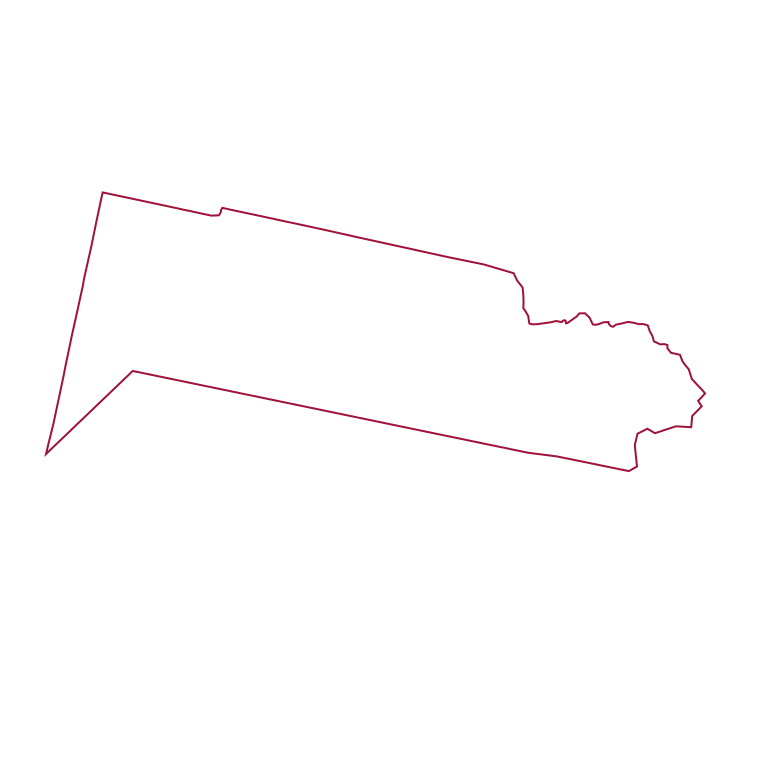 the district of Dolores, Colorado, United States of America, rotated 12°
{"feature_id": "52423323B89613253232033", "entity_name": "Dolores", "entity_type": "district", "adm_level": 2, "iso_a3": "USA", "parent_name": "United States of America", "parent_adm1": "Colorado", "projection": "mercator", "projection_center": [-108.387, 37.69], "detail": "fine", "context": "isolated", "style": "outline", "palette": "rose", "viewbox_px": 768, "rotation_deg": 12, "n_neighbors": 0, "source": "geoboundaries", "source_scale": "gbopen_adm2", "svg_char_len": 1621}
<svg xmlns="http://www.w3.org/2000/svg" viewBox="0 0 768 768"><g transform="rotate(12 384 384)"><path d="M68.0,522.7L135.5,423.5L539.3,421.3L567.9,418.9L641.6,418.3L648.6,412.1L642.0,391.6L642.3,379.9L650.9,373.0L659.2,375.8L678.3,364.7L693.5,362.4L692.1,351.3L699.4,339.7L694.8,335.2L700.0,326.5L696.5,323.7L690.2,319.4L684.1,315.1L679.0,306.2L674.3,302.6L671.0,299.4L667.5,293.9L658.1,293.8L653.8,290.1L653.1,286.9L649.7,286.7L646.0,287.8L639.2,286.2L636.6,281.3L632.9,277.0L629.8,271.8L625.0,271.5L620.7,272.5L616.4,272.2L609.8,272.5L605.0,274.9L598.8,277.6L596.0,280.5L593.6,280.1L591.3,278.4L590.6,276.7L585.9,278.0L581.8,280.7L578.7,282.1L575.8,282.3L574.8,281.0L571.3,276.4L565.9,273.0L560.3,274.4L558.6,277.7L554.2,282.5L550.9,286.1L549.5,286.8L548.9,285.8L548.5,284.3L547.4,284.1L546.0,284.7L544.9,286.5L539.2,286.6L534.7,288.8L528.7,291.0L521.4,293.6L517.1,294.7L513.7,294.7L513.0,293.2L510.9,287.4L509.1,285.5L506.9,283.0L504.5,280.9L503.5,275.0L501.7,267.7L499.5,260.8L492.6,255.0L487.9,248.7L456.6,246.3L443.3,246.4L430.2,246.5L420.5,246.6L393.8,246.4L363.8,246.2L330.3,246.0L295.4,245.6L279.1,245.5L252.9,245.5L231.9,245.4L215.9,245.4L197.9,245.4L189.2,245.3L188.4,248.1L188.6,249.9L187.5,253.3L180.1,255.2L165.3,255.2L158.0,255.1L152.2,255.2L150.7,255.2L148.6,255.2L145.7,255.1L142.6,255.1L134.0,255.1L127.8,255.1L113.6,255.1L106.3,255.1L99.0,255.1L87.2,255.1L74.8,255.1L69.0,255.1L68.9,260.7L68.9,281.5L68.9,285.7L69.1,309.9L68.7,343.8L69.0,350.4L68.9,368.7L68.9,370.0L68.6,400.5L68.7,429.0L68.7,433.1L68.9,442.2L68.9,491.8L68.2,512.5L68.0,522.7Z" fill="none" stroke="#9f1239" stroke-width="2"/></g></svg>